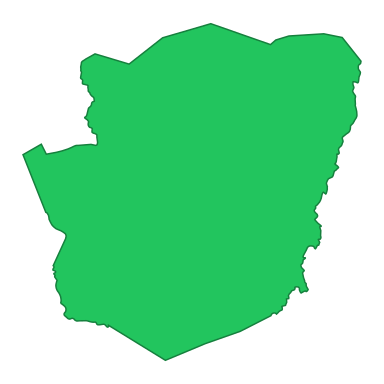 Belen Gualcho, Ocotepeque, Honduras
{"feature_id": "27666195B17925078657683", "entity_name": "Belen Gualcho", "entity_type": "district", "adm_level": 2, "iso_a3": "HND", "parent_name": "Honduras", "parent_adm1": "Ocotepeque", "projection": "albers", "projection_center": [-88.771, 14.48], "detail": "fine", "context": "isolated", "style": "filled", "palette": "green", "viewbox_px": 384, "rotation_deg": 0, "n_neighbors": 0, "source": "geoboundaries", "source_scale": "gbopen_adm2", "svg_char_len": 5840}
<svg xmlns="http://www.w3.org/2000/svg" viewBox="0 0 384 384"><path d="M41.3,144.2L23.0,154.7L45.8,212.3L47.0,212.9L48.4,215.2L48.9,217.4L49.1,219.3L50.2,221.7L51.3,223.8L52.3,225.4L53.9,227.0L56.0,228.7L58.3,229.7L61.0,230.8L63.3,232.2L65.4,233.8L66.2,235.9L65.6,238.7L53.2,265.7L53.5,265.9L53.8,266.2L53.9,266.7L54.0,267.2L53.9,267.6L53.2,268.6L52.9,269.7L53.0,270.1L55.0,271.0L55.4,271.3L55.6,271.6L55.6,272.1L55.3,272.6L55.0,272.9L54.2,273.2L53.9,273.5L53.9,273.8L54.2,274.5L54.9,275.0L55.1,275.3L55.1,275.7L54.7,276.2L54.7,276.9L57.1,280.4L56.6,281.7L56.0,284.3L55.9,285.8L56.1,287.3L56.4,288.6L56.9,289.8L57.4,290.8L58.7,292.6L59.4,293.8L60.1,295.3L60.6,296.7L60.9,298.3L61.1,299.8L61.1,301.2L60.8,302.5L60.9,303.0L61.3,303.7L62.1,304.1L64.8,306.4L65.5,307.4L65.9,308.4L66.0,309.7L65.8,311.0L65.4,311.9L64.4,313.1L64.1,313.8L64.1,314.5L64.3,315.2L64.7,315.7L65.1,316.0L67.9,318.5L68.4,318.8L69.1,319.0L69.8,319.1L70.4,318.9L71.6,318.4L72.2,318.3L72.8,318.4L73.8,318.8L74.7,319.9L75.2,320.3L76.4,320.9L77.2,321.0L79.8,320.8L86.3,320.7L87.8,321.0L90.1,321.7L91.6,322.0L93.2,322.2L95.3,322.1L95.7,322.3L96.1,322.6L96.3,323.0L96.8,324.0L97.1,324.4L97.6,324.7L98.2,324.8L99.2,324.8L101.0,324.6L103.4,324.2L104.1,324.3L105.1,324.8L106.6,326.5L107.2,327.0L107.5,327.1L108.1,327.0L108.5,326.6L108.5,325.3L165.4,360.3L205.1,343.7L240.3,331.3L270.9,315.7L271.3,314.8L271.7,314.1L272.3,313.6L273.0,313.2L273.9,313.0L274.9,313.0L275.8,313.4L276.5,314.1L277.9,312.8L279.2,311.4L280.5,310.6L281.8,310.1L282.2,309.7L282.3,308.0L282.1,307.4L281.8,306.7L281.9,306.4L283.7,305.8L285.2,305.5L285.6,305.2L285.9,304.1L286.5,302.8L286.7,302.3L286.5,298.9L288.7,298.6L288.8,298.1L288.8,297.2L288.4,295.9L288.9,294.5L289.4,293.8L290.6,292.6L291.8,290.7L293.3,290.2L294.5,289.7L295.0,288.6L294.8,287.4L295.0,287.2L296.2,286.8L297.6,286.9L298.4,287.1L298.9,287.5L299.4,288.3L299.4,289.7L299.6,290.5L300.4,292.2L301.1,293.0L304.2,291.3L304.8,291.1L305.4,291.0L306.0,291.5L306.5,291.5L307.2,291.0L307.7,290.3L308.1,289.7L308.1,289.4L306.4,286.4L306.2,285.4L306.1,283.5L305.3,282.8L304.7,281.9L304.6,280.6L303.6,277.9L302.7,273.6L302.6,272.9L302.7,272.6L303.4,271.6L304.1,270.9L304.2,270.5L303.7,269.8L302.2,268.3L301.4,267.3L301.0,266.1L300.9,265.1L301.3,264.4L302.0,263.9L302.6,263.2L302.9,262.0L303.1,260.3L303.2,259.9L303.5,259.6L304.7,258.8L305.3,258.2L305.3,257.9L305.1,257.7L304.3,257.8L303.6,257.6L303.1,257.1L303.1,256.5L303.6,255.1L306.3,250.1L307.2,248.0L307.8,247.1L308.6,246.4L309.7,246.0L311.0,245.9L312.6,246.1L313.4,246.3L313.8,246.6L314.0,246.9L314.4,247.9L315.0,248.6L315.4,248.8L315.6,248.6L316.1,247.9L317.4,245.4L317.8,245.2L318.6,245.2L318.8,245.0L319.3,243.2L319.7,242.4L319.0,240.9L318.3,239.6L318.4,239.4L320.3,239.1L320.7,238.4L320.9,237.5L320.9,237.0L320.6,236.0L320.6,234.9L320.8,230.6L320.4,229.3L319.9,227.8L319.8,227.1L319.8,226.8L320.0,226.5L320.3,226.4L320.9,226.5L321.1,226.3L321.2,226.1L321.1,225.9L320.5,225.3L317.9,223.2L315.9,221.0L314.8,219.7L314.8,219.4L315.0,219.2L317.1,217.1L317.5,216.4L317.6,215.7L317.4,215.0L317.1,214.3L315.6,212.9L314.6,211.7L314.3,210.9L314.3,210.2L314.5,209.7L315.2,208.9L315.7,208.1L315.7,207.6L315.4,206.9L315.6,206.3L316.1,205.7L317.2,204.9L318.1,203.8L319.5,202.1L320.4,200.5L321.2,198.4L322.0,194.6L322.4,193.5L322.8,192.7L323.2,192.3L323.5,192.2L325.7,194.0L325.9,193.9L326.2,193.4L326.7,191.9L327.3,189.3L327.3,188.8L327.2,187.6L327.4,186.8L326.5,183.9L326.4,183.2L326.8,181.9L327.6,180.1L328.2,179.1L328.7,178.6L331.6,177.3L332.2,177.0L332.6,176.6L333.2,175.3L334.0,172.2L334.5,171.0L334.8,170.8L335.5,170.5L335.9,170.2L337.0,169.0L338.1,168.1L338.5,167.5L338.4,167.2L337.8,166.4L336.6,165.3L335.8,164.8L335.3,164.4L335.0,164.0L335.0,163.7L335.1,163.4L335.5,163.3L335.7,163.1L336.3,161.3L336.7,158.4L337.0,157.0L336.9,155.2L336.9,154.2L337.1,154.1L337.3,154.0L337.9,154.2L338.4,154.1L338.8,153.7L339.2,153.1L339.1,152.3L338.5,149.8L338.5,149.3L338.7,148.6L339.0,148.0L339.5,147.4L341.1,146.0L341.5,145.5L342.0,144.4L342.4,143.0L343.0,141.8L343.0,141.0L342.3,138.5L342.3,138.0L342.4,137.5L342.7,137.0L343.2,136.5L344.4,135.6L346.3,134.0L348.5,132.5L349.4,131.5L349.8,130.6L350.3,129.0L350.5,126.6L350.6,125.7L353.0,123.3L354.2,121.2L354.8,120.0L356.2,117.9L356.7,116.6L356.9,115.8L356.9,114.7L356.7,111.6L356.1,108.7L355.2,105.4L355.4,104.1L355.1,98.9L355.5,96.8L355.5,96.2L355.1,95.4L353.7,93.4L353.1,92.3L352.7,91.4L352.7,90.6L353.9,87.8L353.8,87.1L353.0,84.6L352.9,83.4L353.0,82.1L353.2,81.7L355.6,82.0L357.4,82.8L357.7,82.8L358.0,82.6L358.4,81.9L358.6,80.8L359.0,77.0L360.1,74.2L360.3,73.3L360.4,72.5L360.2,71.8L358.9,69.9L358.4,69.0L358.3,68.0L358.3,66.1L358.5,65.5L358.9,64.9L359.4,64.4L360.2,63.9L360.6,63.4L361.0,61.2L342.2,37.5L323.8,33.8L288.9,36.0L275.8,40.0L270.5,44.6L210.8,23.7L162.6,37.8L129.1,64.1L95.0,53.9L86.0,58.9L84.6,59.9L82.5,61.2L81.9,61.8L81.4,62.7L81.3,63.9L80.7,67.0L80.9,69.0L80.8,70.7L80.9,71.0L81.4,71.7L81.5,72.6L80.6,77.5L80.7,78.2L80.9,78.6L81.8,79.1L82.6,80.2L82.7,80.6L82.5,81.7L82.4,83.3L82.6,83.8L83.3,84.1L87.0,85.0L87.7,85.3L88.0,85.5L88.0,86.0L87.9,87.3L88.3,90.0L88.2,90.7L88.3,91.2L88.6,91.7L89.4,92.3L89.7,92.6L90.3,94.2L90.8,94.9L92.1,96.3L93.4,97.2L93.7,97.5L94.0,98.5L94.3,100.7L94.3,101.2L94.1,101.3L92.8,101.8L92.0,102.4L91.6,103.4L91.4,104.8L90.9,105.9L90.2,106.7L89.1,107.6L88.6,108.1L88.4,108.6L86.9,114.8L86.2,116.3L85.7,116.8L84.8,117.3L84.7,117.7L85.0,118.2L87.5,120.0L88.5,121.5L88.7,122.0L88.3,122.7L88.2,123.8L88.2,124.8L88.4,125.6L88.9,126.5L89.5,127.2L89.9,127.4L91.0,127.7L91.7,128.1L92.2,128.6L92.2,129.1L92.0,131.0L92.0,131.9L92.1,132.3L93.2,133.1L95.0,133.6L96.0,134.1L96.8,134.8L96.9,135.6L96.9,137.4L97.6,142.4L97.2,144.5L96.6,145.1L95.7,145.4L91.0,144.4L78.4,145.4L77.1,145.4L76.0,145.5L74.3,146.1L71.2,147.6L67.9,149.0L62.1,150.9L56.5,152.3L46.3,154.2L41.3,144.2Z" fill="#22c55e" stroke="#15803d" stroke-width="1.5"/></svg>